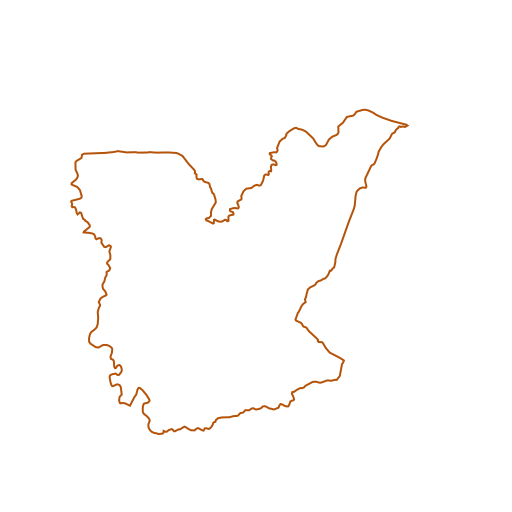 Venilale, Baucau, East Timor (Robinson projection), rotated 161°
{"feature_id": "22284137B53868942540237", "entity_name": "Venilale", "entity_type": "district", "adm_level": 2, "iso_a3": "TLS", "parent_name": "East Timor", "parent_adm1": "Baucau", "projection": "robinson", "projection_center": [126.397, -8.638], "detail": "fine", "context": "isolated", "style": "outline", "palette": "amber", "viewbox_px": 512, "rotation_deg": 161, "n_neighbors": 0, "source": "geoboundaries", "source_scale": "gbopen_adm2", "svg_char_len": 6146}
<svg xmlns="http://www.w3.org/2000/svg" viewBox="0 0 512 512"><g transform="rotate(161 256 256)"><path d="M208.2,127.0L206.9,128.6L209.8,132.3L217.7,140.6L219.9,146.1L221.2,152.4L221.8,153.1L224.7,154.3L225.3,155.4L224.7,156.3L225.2,157.9L230.5,167.8L231.5,171.3L232.1,172.4L234.2,173.9L234.8,177.2L235.2,178.1L239.1,181.8L239.4,183.0L234.9,188.6L233.6,189.4L229.6,193.5L227.5,195.1L224.0,196.3L223.9,199.1L222.2,200.7L220.4,203.8L217.8,207.5L215.0,208.7L210.1,209.3L208.7,210.0L207.9,210.9L205.2,211.9L202.2,211.8L200.4,212.3L197.7,212.4L195.4,213.6L193.6,215.0L190.9,218.1L190.0,217.6L189.1,218.0L188.2,218.9L185.8,219.8L182.9,224.5L182.0,227.0L179.1,231.1L171.6,239.9L157.3,257.9L148.4,268.4L146.2,271.6L142.4,280.1L140.8,282.8L139.6,284.3L135.9,286.1L132.9,286.1L130.1,284.8L129.1,285.4L128.8,286.8L128.5,290.7L127.9,292.9L127.1,294.1L118.0,303.4L117.1,304.0L114.7,304.4L113.8,304.9L110.2,308.9L107.4,312.5L106.2,314.5L102.4,318.0L99.4,320.0L91.4,323.5L88.0,326.9L87.1,327.4L84.6,327.7L83.1,329.3L81.4,330.3L79.9,330.7L79.1,331.6L78.3,331.9L77.6,331.6L77.0,330.8L74.9,330.7L73.2,329.5L70.3,330.0L71.1,331.2L83.8,339.6L91.5,345.7L96.2,350.2L98.7,353.5L102.6,357.2L105.2,358.8L107.9,359.4L114.1,359.7L116.9,357.6L118.4,357.1L124.8,357.9L130.4,353.7L136.0,351.7L137.8,346.0L138.6,345.0L140.7,344.2L144.8,344.0L148.5,342.7L149.5,342.1L153.5,338.3L155.8,337.6L157.0,337.7L160.7,339.4L161.6,340.6L162.5,343.2L163.7,348.6L168.3,357.4L171.1,360.3L174.8,362.5L176.2,364.0L177.8,364.4L179.2,364.2L184.0,363.1L186.9,361.9L187.8,361.2L188.1,360.2L190.5,358.2L192.5,358.2L196.3,356.6L201.0,351.2L201.0,349.3L202.0,347.9L203.1,347.3L204.9,348.2L209.4,348.8L209.9,347.6L209.1,346.7L208.5,345.2L209.3,344.6L210.2,343.0L209.0,340.9L207.9,340.4L206.7,338.9L206.5,337.7L206.6,336.2L207.0,335.4L208.0,335.6L209.7,337.0L211.6,337.1L212.8,335.6L213.8,331.8L214.2,331.2L215.3,331.9L216.4,331.7L217.1,330.4L217.2,329.3L217.9,328.6L220.2,329.9L221.0,329.9L222.0,329.4L224.8,324.9L228.3,321.5L229.1,321.3L230.4,321.7L231.7,322.9L233.6,323.1L235.4,322.8L238.2,321.8L243.3,322.8L246.6,321.4L250.4,317.5L250.8,315.3L251.4,314.3L255.6,313.6L256.5,312.1L256.2,310.5L256.3,308.1L256.7,307.3L257.3,306.9L258.0,307.0L260.2,308.2L262.4,308.7L265.3,308.8L265.8,307.9L265.6,306.5L263.5,305.0L263.5,303.1L263.9,302.5L268.1,303.0L269.3,302.1L270.6,298.2L271.3,298.0L272.0,298.5L272.3,299.5L273.5,300.4L276.7,299.6L279.3,300.3L281.3,301.8L283.1,303.9L283.9,303.9L285.3,300.7L286.0,300.6L290.0,304.8L291.4,305.9L291.5,307.2L290.4,307.7L288.4,307.2L285.7,308.4L285.0,309.7L284.5,311.8L282.5,314.8L276.6,319.7L275.9,322.5L275.7,327.0L275.8,328.6L276.8,330.0L276.6,334.3L277.0,335.9L276.6,339.1L277.1,340.5L280.5,342.9L281.3,344.2L281.6,346.3L285.3,347.1L286.7,348.2L286.7,349.7L285.7,352.4L286.9,354.3L286.4,355.0L286.1,356.4L286.3,357.4L289.7,364.9L292.9,374.5L296.4,378.3L297.7,379.3L305.0,382.4L317.2,386.4L322.9,388.9L325.0,389.2L333.8,392.1L336.1,393.4L344.7,396.1L352.4,400.1L357.0,400.7L364.7,402.5L385.3,408.7L387.6,408.3L389.1,405.5L394.9,404.3L396.2,403.4L398.5,396.4L398.0,391.5L398.3,389.8L399.4,388.3L401.0,387.0L406.6,384.9L407.1,383.6L402.6,379.5L401.5,377.1L401.0,375.3L401.3,369.4L401.6,368.7L402.2,367.9L404.0,367.5L412.5,368.2L413.1,367.3L412.8,365.2L414.1,362.9L413.8,361.9L412.9,361.9L411.3,360.9L411.0,358.3L411.5,355.1L411.1,353.4L408.3,354.6L407.3,353.6L407.4,347.4L406.1,345.9L406.0,344.8L404.3,343.0L403.2,339.4L403.4,338.2L403.9,337.6L410.7,335.1L411.3,334.4L406.2,332.2L403.2,330.4L402.0,329.2L401.7,326.6L402.0,324.9L401.5,323.8L398.5,324.0L397.3,323.4L396.9,322.7L396.7,321.4L397.9,318.8L396.5,314.0L395.1,313.3L391.4,314.0L390.2,312.7L390.3,311.7L393.2,308.0L393.4,304.3L394.8,300.4L398.0,299.0L399.2,297.9L399.2,296.9L398.5,295.7L397.8,292.1L398.7,290.8L400.1,289.9L402.3,289.7L402.8,288.9L403.0,287.4L403.9,286.1L405.3,285.0L407.7,281.3L409.9,279.5L410.7,278.5L411.3,275.6L411.1,274.2L410.0,271.5L409.9,268.1L410.5,267.6L413.9,267.3L416.9,266.4L419.7,263.6L419.3,260.5L420.1,259.3L421.4,258.2L423.9,254.6L425.2,249.3L427.8,243.2L430.0,240.3L432.7,239.0L436.4,237.8L438.4,236.2L440.6,232.7L441.7,229.2L441.0,226.9L437.2,222.0L434.7,220.7L430.3,221.6L428.7,221.4L426.0,220.4L423.9,218.6L422.5,216.6L422.2,214.9L422.6,213.9L423.8,211.4L426.4,208.1L426.6,206.9L426.6,205.9L425.0,204.5L424.6,203.0L426.1,197.5L425.7,195.7L425.0,195.7L422.9,197.4L420.8,197.5L420.2,196.9L419.6,195.1L419.8,192.5L420.4,191.1L421.4,190.0L424.2,188.2L425.7,188.6L426.9,190.5L430.4,191.0L432.3,190.8L433.1,190.4L433.9,189.0L434.7,183.9L434.7,180.7L434.3,179.8L433.5,179.5L429.5,179.9L428.5,179.6L427.0,178.3L426.7,177.1L426.6,175.5L428.1,168.7L430.8,167.2L431.5,166.0L432.5,163.8L432.6,161.4L432.1,160.8L430.5,160.6L428.1,159.6L423.9,155.5L416.9,162.2L414.3,164.0L411.7,168.0L410.1,169.5L408.9,169.2L407.1,166.3L404.8,160.3L403.8,155.8L403.6,154.6L403.8,153.7L405.8,152.5L409.5,152.9L410.3,152.7L411.8,150.8L412.8,148.6L413.7,145.6L413.6,143.6L411.2,139.8L410.0,136.8L410.1,134.8L412.5,132.0L413.2,129.9L413.4,128.2L412.8,125.5L411.8,123.7L409.7,121.7L407.5,120.6L406.4,119.5L402.4,118.5L401.0,119.0L400.3,120.7L398.5,119.1L397.3,119.0L395.3,119.8L392.1,119.8L391.4,119.1L390.6,117.0L389.7,116.7L385.7,117.3L384.5,116.8L379.3,118.0L378.5,117.4L375.5,113.6L373.8,112.2L370.6,111.1L369.0,112.0L366.8,112.2L363.3,108.4L362.4,108.0L360.6,109.7L358.8,109.2L357.3,108.0L356.0,107.9L353.7,109.0L351.6,110.9L351.0,111.9L350.0,112.5L348.5,112.4L347.4,113.9L344.6,115.0L340.5,114.4L333.6,112.2L329.4,111.9L325.7,110.9L324.7,111.1L321.9,112.6L319.3,112.1L316.2,113.7L313.1,112.4L309.3,113.2L308.2,113.0L306.5,111.2L305.4,110.7L302.1,110.4L300.7,110.5L298.8,111.5L296.8,111.2L295.8,110.6L292.8,107.3L291.2,106.6L289.6,105.3L288.4,105.0L284.0,105.3L282.6,107.1L281.0,108.0L279.2,106.8L277.9,105.2L276.7,104.2L274.7,103.3L273.3,104.2L270.9,107.2L269.8,107.5L267.5,107.4L266.7,107.9L266.5,110.2L266.9,114.2L265.8,115.6L264.7,115.1L260.8,116.2L256.9,116.7L255.4,116.0L253.5,116.1L251.4,117.2L243.3,118.5L240.2,117.6L237.3,115.6L235.8,115.1L229.4,115.2L228.3,114.9L225.7,113.6L221.8,113.2L220.0,112.6L215.8,115.3L209.9,125.7L208.2,127.0Z" fill="none" stroke="#b45309" stroke-width="2"/></g></svg>